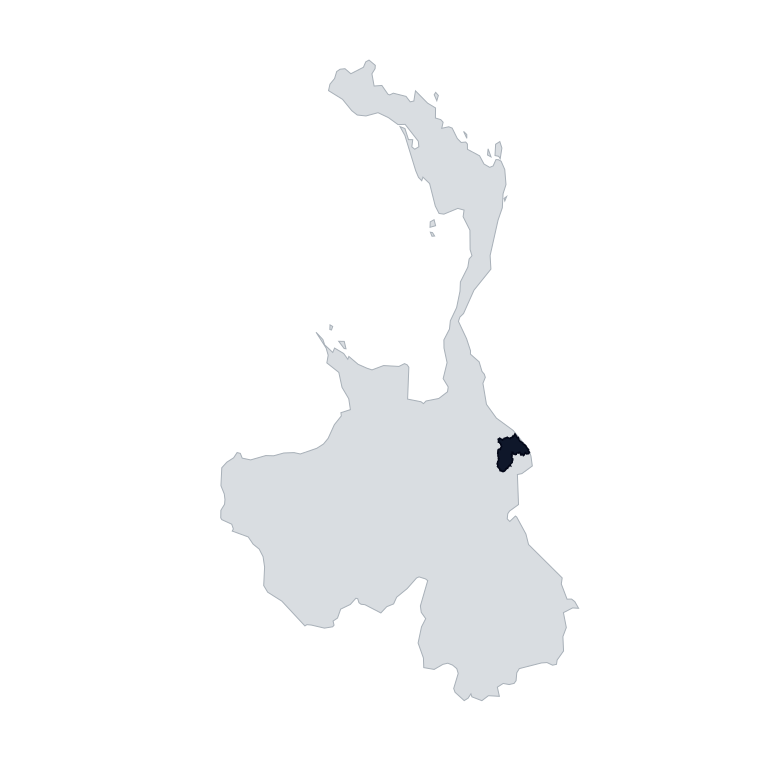 Thong Pha Phum, Kanchanaburi, Thailand (highlighted), rotated 175°
{"feature_id": "78962969B24065395096407", "entity_name": "Thong Pha Phum", "entity_type": "district", "adm_level": 2, "iso_a3": "THA", "parent_name": "Thailand", "parent_adm1": "Kanchanaburi", "projection": "orthographic", "projection_center": [98.674, 14.859], "detail": "fine", "context": "in_parent", "style": "filled", "palette": "ink", "viewbox_px": 768, "rotation_deg": 175, "n_neighbors": 0, "source": "geoboundaries", "source_scale": "gbopen_adm2", "svg_char_len": 8902}
<svg xmlns="http://www.w3.org/2000/svg" viewBox="0 0 768 768"><g transform="rotate(175 384 384)"><path d="M323.7,64.7L324.4,67.8L327.6,63.7L331.7,61.6L340.1,70.7L341.1,74.6L335.3,89.2L336.3,94.1L340.2,98.0L344.8,100.3L349.7,99.6L358.9,95.3L369.1,98.0L368.6,107.6L372.6,123.0L367.8,138.8L362.9,146.6L366.8,153.3L367.1,159.7L357.6,184.3L359.6,186.2L365.9,188.8L368.5,187.9L378.7,178.2L390.0,170.5L393.6,164.1L400.7,161.9L407.1,156.2L422.2,165.8L426.1,166.6L428.0,168.3L428.9,172.4L430.7,173.0L436.8,167.3L446.8,163.5L450.7,154.9L455.4,152.3L454.8,148.1L456.3,146.6L464.6,146.0L477.4,150.2L481.8,151.0L483.9,149.9L504.7,176.6L518.0,186.7L521.4,193.7L518.9,212.1L519.5,222.5L522.7,230.4L528.3,235.8L532.6,243.5L548.0,250.7L546.7,252.7L547.9,257.6L557.4,263.0L558.3,264.9L557.5,272.4L553.3,278.1L552.5,282.7L552.7,288.4L555.3,296.9L552.9,314.7L547.4,319.8L540.2,323.6L536.3,328.5L533.2,327.4L531.7,322.5L523.5,320.0L508.0,323.0L500.2,322.1L489.8,324.0L479.6,323.5L473.5,321.6L456.6,325.8L449.5,329.5L444.4,334.7L437.0,347.8L429.3,355.9L429.4,359.2L419.7,361.4L420.4,372.4L426.1,384.3L428.0,399.5L439.1,410.0L437.1,417.5L438.5,424.8L447.2,441.5L441.0,433.6L439.7,428.2L432.3,419.9L430.1,424.1L421.5,417.9L417.9,411.8L416.6,414.5L408.1,405.9L399.6,401.2L394.7,399.1L382.8,402.4L367.6,400.2L361.8,402.5L359.3,401.1L357.8,398.5L361.8,366.9L348.7,363.1L346.4,361.0L343.6,363.4L330.7,364.8L321.4,370.7L320.3,375.5L324.6,384.2L319.3,399.8L321.1,414.6L320.5,422.7L314.0,433.0L312.4,441.2L305.0,453.8L300.2,469.8L299.0,479.0L290.3,493.1L288.3,501.1L285.2,504.1L286.5,510.4L285.0,529.7L290.6,543.7L289.1,550.3L295.2,552.5L309.5,548.0L314.3,549.1L317.4,556.8L321.1,579.7L327.2,586.7L328.7,583.2L331.6,586.8L333.8,593.6L341.5,629.7L345.6,639.0L340.9,636.7L338.3,625.3L334.1,624.9L335.6,617.8L332.9,615.2L328.6,617.3L328.7,622.9L340.3,640.8L347.4,641.2L356.4,649.0L366.3,654.8L378.6,652.6L387.2,654.3L392.3,659.1L400.5,671.2L413.7,681.1L411.7,687.4L406.6,692.6L403.9,699.4L400.3,701.4L395.4,701.5L390.0,696.0L376.9,701.3L374.1,706.5L370.7,708.0L364.9,702.2L365.4,698.9L369.0,694.1L367.9,681.7L360.1,681.6L354.8,672.3L353.1,671.5L349.4,672.9L337.0,668.6L333.3,662.8L329.6,663.3L327.1,673.3L316.1,660.0L308.6,654.5L309.6,644.5L304.4,642.4L302.3,639.6L304.2,633.7L297.1,634.6L293.8,633.0L289.6,622.2L286.1,617.9L281.5,617.9L280.0,615.8L280.4,610.5L268.9,603.0L265.2,594.4L259.8,590.6L256.3,591.7L252.9,597.8L250.3,597.4L247.9,595.7L245.0,587.1L245.1,572.0L248.8,563.2L250.8,549.2L256.1,537.3L267.1,502.7L267.5,489.1L286.2,469.6L298.6,447.3L302.6,444.0L304.4,439.9L297.8,421.9L294.9,409.5L295.3,406.2L287.3,397.8L285.3,388.0L283.2,385.0L282.5,381.8L285.4,376.1L283.7,354.8L275.0,340.2L259.5,326.6L245.7,306.5L243.9,299.4L243.4,289.4L254.5,282.7L259.0,282.2L260.5,252.2L270.0,246.5L272.0,244.0L273.0,238.9L270.7,236.1L264.6,241.0L263.4,239.9L255.7,222.2L254.0,211.5L223.4,175.3L224.8,169.3L220.4,153.7L215.9,153.4L212.9,150.6L209.7,143.6L215.6,144.5L225.2,140.6L223.6,125.5L227.8,116.8L228.4,102.4L235.6,93.9L236.6,89.7L240.6,89.2L245.9,92.3L251.4,92.4L274.0,88.7L276.9,84.8L278.3,76.9L280.5,74.4L285.5,73.7L291.4,75.3L297.5,72.1L296.3,62.8L307.1,64.4L314.1,60.0L323.7,64.7ZM253.5,601.9L251.9,613.1L247.5,615.4L246.0,608.8L248.6,598.3L249.9,600.8L253.5,601.9ZM324.5,536.1L323.8,541.5L319.8,543.3L318.8,537.2L324.5,536.1ZM420.6,422.8L425.4,430.5L419.9,429.9L418.8,422.4L420.6,422.8ZM307.1,670.0L304.7,666.7L306.7,661.6L308.8,667.8L307.1,670.0ZM260.9,603.1L259.8,609.2L257.6,600.9L260.9,603.1ZM324.6,531.2L322.5,530.6L320.7,527.0L323.3,527.0L324.6,531.2ZM280.1,621.5L282.7,628.7L279.8,625.3L280.1,621.5ZM433.2,443.0L432.6,447.6L430.1,445.8L431.6,442.4L433.2,443.0ZM248.2,558.4L245.5,560.1L247.7,555.8L248.2,558.4Z" fill="#d9dde1" stroke="#a8b0b8" stroke-width="1"/><path d="M277.3,290.6L276.6,290.0L276.5,289.7L276.2,289.4L276.2,288.6L275.9,287.9L275.9,287.5L275.3,287.3L275.2,287.4L274.5,287.6L274.2,287.1L274.1,286.7L273.9,286.6L273.6,286.6L273.4,286.4L272.9,286.3L272.2,286.8L272.0,286.6L271.5,286.8L271.3,287.2L271.1,287.3L270.9,287.3L270.8,287.5L270.0,288.2L269.9,288.3L270.0,288.5L270.0,288.8L269.8,288.8L269.6,289.1L269.3,289.0L269.0,289.3L268.4,289.2L268.4,289.4L268.5,289.7L268.3,289.8L268.1,289.8L268.2,290.1L267.9,290.2L267.7,290.4L267.4,290.6L267.1,290.6L266.7,291.2L266.4,291.4L266.5,291.7L266.4,291.9L266.2,291.8L265.6,291.6L265.4,291.9L265.1,291.7L265.3,292.4L265.2,292.5L265.2,292.8L265.1,293.0L264.7,293.4L264.2,293.9L263.5,294.3L263.4,294.7L263.1,294.8L263.0,295.3L263.1,295.7L263.1,296.1L262.8,296.3L262.8,297.1L262.7,297.3L262.4,297.3L262.5,297.7L262.5,297.8L262.3,297.8L262.2,298.0L262.3,298.1L262.3,298.3L262.6,298.5L263.0,299.3L263.0,299.6L263.2,300.0L263.4,300.0L263.4,300.3L263.3,300.6L263.0,300.6L262.8,300.7L262.6,301.3L262.8,301.4L263.0,302.1L263.3,302.3L263.3,302.8L262.8,302.9L262.8,303.0L262.4,303.0L262.3,303.5L262.1,304.0L262.1,304.3L262.0,304.5L261.9,304.7L262.0,304.8L261.7,304.8L261.7,304.7L261.5,304.2L261.5,303.8L261.3,303.8L261.1,302.9L260.9,302.9L260.6,303.2L260.1,302.9L259.8,302.4L259.2,302.2L258.9,302.5L258.6,302.4L258.4,302.4L258.4,302.8L257.8,303.4L257.2,303.8L256.6,303.8L256.4,303.7L256.2,303.5L255.9,303.8L255.6,304.0L255.3,303.8L255.0,304.2L254.7,304.2L254.5,303.6L254.3,303.2L254.3,302.6L254.1,302.3L254.0,301.8L253.9,301.7L253.8,301.4L253.5,301.6L253.3,301.6L252.9,301.3L252.7,301.4L252.7,301.6L252.8,302.3L252.6,302.3L252.6,302.1L252.3,301.9L252.0,301.3L251.8,301.2L251.7,301.4L251.4,301.4L251.3,300.6L250.5,301.1L250.3,301.4L250.2,301.4L250.3,301.4L250.2,301.5L250.2,301.8L250.2,302.1L250.0,302.5L249.8,302.6L249.7,302.6L249.7,302.8L249.9,302.8L249.7,302.9L249.7,303.1L249.6,302.9L249.4,302.9L249.2,303.3L249.0,303.1L248.3,303.1L248.5,303.0L248.4,302.8L248.5,302.6L248.3,302.4L248.3,302.2L248.1,302.1L248.0,301.9L247.5,301.9L247.1,302.1L246.5,301.9L246.3,302.1L245.9,302.1L245.5,302.8L245.2,302.9L245.0,303.2L245.1,303.5L245.5,303.8L245.6,304.0L246.2,304.4L246.3,304.6L246.3,305.3L246.1,305.4L246.0,305.6L245.7,305.8L245.9,306.1L246.1,306.6L246.4,306.7L246.8,307.2L247.0,307.3L247.3,308.4L247.7,308.5L247.9,309.4L248.1,309.5L248.1,309.8L248.3,309.9L248.2,310.2L248.6,310.4L248.7,310.6L249.0,310.9L249.0,311.2L249.3,311.4L249.5,311.1L249.7,311.4L249.9,311.6L250.1,311.6L250.6,312.1L250.8,313.1L251.1,313.2L251.4,313.5L252.2,314.3L252.5,314.4L252.6,314.5L252.9,314.7L253.1,315.0L253.3,315.0L253.5,315.2L253.7,315.4L253.8,315.4L253.8,315.6L254.1,316.3L254.5,316.8L254.8,317.0L254.7,317.7L254.6,317.9L254.8,318.3L254.9,319.0L255.0,319.1L255.3,318.8L255.8,318.9L256.0,318.7L256.4,319.7L256.4,319.9L256.7,319.9L256.7,320.0L256.7,320.6L256.9,320.8L256.9,321.1L257.0,321.4L257.1,321.5L257.4,321.7L257.5,322.4L257.8,322.7L257.9,322.9L258.3,322.4L258.4,322.1L258.5,322.0L258.6,321.5L258.8,321.3L258.9,321.1L259.0,321.1L259.0,320.8L259.3,320.6L259.5,320.5L259.7,320.4L259.8,320.5L259.8,320.4L259.8,320.6L260.0,320.5L260.3,320.5L260.3,320.2L260.5,320.3L260.6,320.1L260.8,320.1L260.8,319.9L260.8,319.7L261.0,319.8L261.1,319.7L261.3,319.5L261.4,319.4L261.6,319.4L261.8,319.1L261.7,319.3L261.9,319.3L262.2,319.2L262.1,319.3L262.3,319.4L262.3,319.5L262.1,319.6L262.4,319.5L262.6,319.2L262.8,319.2L263.0,319.1L262.7,318.9L263.1,318.5L263.7,318.9L264.0,318.9L264.2,319.0L264.4,319.4L265.4,319.6L265.6,319.8L265.6,320.0L265.9,320.3L266.4,320.0L266.6,319.5L267.1,319.5L267.3,319.7L267.8,319.7L267.9,319.4L268.0,319.1L268.4,319.1L268.7,319.3L269.0,319.4L269.4,318.8L269.9,318.6L270.3,318.1L270.8,317.8L271.6,318.4L271.5,318.6L271.9,318.7L272.0,318.9L272.3,319.0L272.8,319.4L273.2,319.7L273.2,319.8L273.5,320.0L273.6,319.9L273.8,319.5L274.2,319.5L274.2,319.3L274.5,319.1L275.1,319.0L275.0,318.5L274.8,318.4L274.8,318.1L274.4,317.9L274.6,317.5L275.0,317.2L275.0,316.7L274.8,316.6L275.0,316.3L275.1,316.1L274.9,316.0L274.7,316.1L274.2,315.8L273.8,315.3L273.8,315.0L273.3,314.7L273.1,314.4L273.0,314.1L272.9,314.0L273.0,313.5L272.8,313.4L272.9,313.2L272.7,312.9L272.7,312.6L272.7,312.4L272.6,312.2L272.5,311.8L272.3,311.6L272.6,311.4L272.6,310.9L273.0,310.6L273.1,310.4L273.3,310.2L273.4,309.9L273.6,309.5L273.9,309.5L274.0,309.3L273.7,308.8L273.7,308.7L274.0,308.5L274.3,308.6L274.5,308.8L274.9,309.0L275.1,309.0L275.7,308.9L275.9,308.7L276.0,308.5L276.2,308.2L276.2,307.9L276.3,307.7L276.2,307.5L276.1,307.1L276.4,306.9L276.4,306.7L276.4,306.4L276.5,306.4L276.5,306.1L276.3,305.9L276.6,305.8L276.6,305.7L276.7,305.3L276.6,305.1L276.8,304.8L276.8,304.7L276.5,304.4L276.6,304.1L276.6,303.9L276.6,303.4L276.7,303.2L276.6,302.8L276.7,302.7L276.7,302.0L276.7,301.7L276.3,301.5L276.4,301.3L276.3,300.7L276.4,300.3L276.3,300.1L276.2,299.8L276.1,299.7L276.4,299.5L276.6,299.4L276.4,299.0L276.5,298.7L276.4,298.3L276.8,297.7L276.7,297.4L277.2,297.2L277.4,296.9L277.8,295.7L277.8,295.2L278.3,294.6L278.2,294.3L278.0,294.0L277.7,293.8L277.8,293.1L277.7,292.9L277.8,292.6L277.7,292.4L278.1,292.0L277.9,291.8L277.8,291.4L277.7,291.2L277.3,290.6Z" fill="#0f172a" stroke="#020617" stroke-width="1.5"/></g></svg>